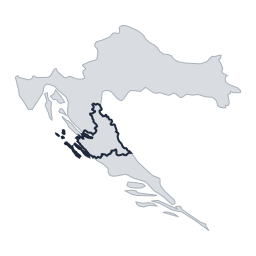 where Zadarska sits in Croatia
{"feature_id": "HRV-1493", "entity_name": "Zadarska", "entity_type": "County", "adm_level": 1, "iso_a3": "HRV", "parent_name": "Croatia", "parent_adm1": "", "projection": "equal_earth", "projection_center": [15.553, 44.407], "detail": "fine", "context": "in_parent", "style": "outline", "palette": "slate", "viewbox_px": 256, "rotation_deg": 0, "n_neighbors": 0, "source": "natural_earth", "source_scale": "10m", "svg_char_len": 9051}
<svg xmlns="http://www.w3.org/2000/svg" viewBox="0 0 256 256"><path d="M17.7,75.5L19.1,77.5L29.2,79.9L31.3,78.9L32.7,77.2L32.7,76.2L33.6,75.9L37.1,77.5L48.0,77.3L50.2,76.1L54.3,69.2L55.6,68.6L56.5,68.9L57.1,70.9L58.7,72.8L64.1,77.4L66.2,78.0L68.2,76.7L70.3,76.4L76.3,78.8L81.3,79.3L85.0,78.0L83.2,74.3L82.9,72.4L83.2,70.8L85.7,69.2L85.6,68.5L82.5,65.6L82.7,64.9L89.4,61.7L95.9,59.9L97.0,58.5L97.9,52.5L97.5,49.3L94.9,46.3L94.7,44.8L95.3,43.2L96.4,41.8L102.0,40.2L110.2,36.7L112.7,33.4L114.2,32.9L118.8,33.4L119.8,32.6L119.1,27.9L120.0,26.7L122.3,25.4L126.4,25.9L129.8,27.1L138.6,31.2L143.3,35.0L145.9,39.2L149.5,42.5L154.0,44.8L157.5,47.9L160.2,51.9L163.8,54.1L168.5,54.6L171.5,55.9L172.8,58.2L175.3,60.2L179.2,62.0L185.2,63.0L200.2,63.9L206.9,61.7L211.9,56.2L214.0,56.6L221.0,55.0L220.6,58.3L218.5,59.8L220.7,63.2L222.8,68.7L221.7,71.4L223.2,73.5L227.4,75.6L226.2,76.3L225.3,78.1L225.3,81.3L228.7,84.4L237.8,87.9L240.6,90.6L240.6,91.8L240.2,92.6L233.2,92.8L230.5,91.4L230.3,93.6L227.7,94.4L229.3,102.5L228.8,104.8L227.9,105.6L225.9,105.2L225.4,106.0L225.9,107.7L223.3,107.9L219.3,107.0L217.4,105.4L217.0,102.3L215.7,99.9L212.4,97.3L205.8,96.9L197.9,94.5L192.3,95.2L186.8,94.1L182.2,97.3L179.9,97.3L175.1,93.3L173.7,93.1L169.6,95.1L167.9,95.2L161.1,93.0L158.6,92.7L156.7,93.4L153.5,92.6L145.5,87.4L140.6,91.4L130.7,90.4L127.7,93.1L124.3,98.3L121.6,100.7L119.2,99.9L116.4,97.6L111.4,91.8L108.9,90.7L106.0,90.5L103.5,91.1L102.2,92.3L100.3,108.3L100.3,112.9L105.8,117.0L112.3,124.2L114.4,125.1L115.4,127.4L118.7,140.4L122.0,144.9L133.3,155.6L138.1,162.3L152.6,175.6L158.9,177.9L160.0,179.1L160.1,184.3L160.8,186.2L165.1,191.6L173.8,199.5L174.8,201.4L175.1,202.7L174.6,203.8L172.3,204.8L162.3,195.9L154.4,191.0L145.6,181.8L133.8,178.2L125.8,174.2L115.6,176.1L112.3,176.1L110.0,175.4L108.3,172.9L108.2,168.5L103.6,164.5L97.2,160.7L91.1,155.8L79.0,142.6L76.6,138.3L82.8,136.7L90.0,137.5L82.3,132.0L71.2,121.0L67.9,115.8L67.5,110.2L68.4,102.6L66.4,97.2L57.9,90.1L54.8,86.4L48.5,84.2L45.7,84.4L44.0,87.1L42.7,93.2L32.2,109.4L28.2,109.3L23.7,101.6L19.4,95.8L18.5,89.7L15.4,77.3L17.7,75.5ZM205.7,224.1L205.8,226.0L209.0,230.6L194.9,220.3L181.7,212.0L172.3,210.0L159.6,203.3L151.3,201.0L158.0,200.4L177.7,209.3L175.5,206.9L178.4,206.0L180.8,206.7L182.3,209.6L193.4,217.4L200.5,222.1L205.7,224.1ZM52.2,118.1L51.9,120.1L49.6,117.6L48.5,113.2L45.6,106.1L45.2,104.2L46.7,102.2L46.7,100.2L44.6,94.0L46.4,93.0L47.4,92.9L47.8,97.2L48.7,99.6L51.5,102.7L50.9,107.7L51.5,114.9L52.2,118.1ZM64.7,102.3L60.0,103.4L57.7,101.5L57.1,99.9L53.3,99.4L50.4,96.3L53.8,93.9L55.6,90.0L62.0,97.9L64.7,102.3ZM141.1,188.0L134.9,188.1L129.6,187.2L127.0,185.6L128.0,182.1L133.9,182.4L142.9,183.9L145.2,185.8L144.5,186.6L141.1,188.0ZM157.0,195.3L154.3,195.9L137.0,195.5L131.9,194.4L125.2,190.9L130.8,190.1L136.1,190.9L137.7,192.8L157.0,195.3ZM79.1,134.4L78.1,135.7L68.5,126.8L67.5,123.9L62.7,117.9L62.0,116.3L66.4,120.2L68.0,120.6L72.2,124.4L76.2,129.3L81.1,133.6L79.1,134.4ZM135.9,201.9L143.1,203.3L148.4,202.6L153.2,203.5L156.9,205.9L148.7,205.4L143.7,207.0L139.4,206.1L137.7,205.1L136.5,203.7L135.9,201.9ZM79.1,155.1L79.6,156.3L77.1,155.9L67.7,144.9L66.6,142.8L70.0,145.3L79.1,155.1ZM62.5,108.9L66.4,115.4L62.8,113.4L59.6,112.6L58.9,111.2L60.1,108.7L62.5,108.9ZM173.3,213.4L178.6,216.9L163.0,212.4L166.4,211.9L173.3,213.4ZM86.2,152.5L88.7,156.3L86.3,155.5L83.8,153.2L82.3,150.7L86.2,152.5ZM80.8,148.1L81.4,149.8L76.6,146.5L74.4,143.3L80.8,148.1Z" fill="#d9dde1" stroke="#a8b0b8" stroke-width="1"/><path d="M100.2,104.4L100.0,104.8L100.2,106.1L100.7,107.1L101.3,108.0L101.7,108.9L101.5,109.8L100.8,110.1L100.0,110.3L99.5,111.0L99.5,111.8L99.9,112.7L100.9,114.2L101.1,114.4L102.0,115.0L102.3,115.5L102.6,116.0L102.9,116.3L103.5,116.2L103.8,116.1L104.5,116.1L104.9,116.0L105.2,115.6L105.4,115.2L105.6,114.9L106.1,114.9L106.4,115.2L106.8,116.6L107.0,116.9L107.4,116.8L107.7,116.7L108.0,116.7L108.4,117.2L108.7,118.5L109.2,119.2L109.6,119.4L110.1,119.6L111.0,119.7L111.5,119.9L111.8,120.4L112.0,121.0L112.1,121.7L111.7,121.9L111.6,122.5L110.9,123.3L110.6,124.1L111.4,124.9L112.2,125.0L113.6,124.4L114.4,124.5L114.9,125.1L115.2,125.9L115.4,126.9L116.3,129.4L116.6,130.3L116.6,131.1L116.4,131.5L115.8,131.9L115.8,132.3L115.9,132.1L116.3,132.1L117.0,132.3L117.8,132.8L118.2,133.1L118.4,133.6L118.3,134.5L118.1,134.9L117.7,135.7L117.6,136.3L117.7,137.0L118.0,138.6L118.8,140.7L119.4,141.6L121.1,143.3L121.7,144.2L122.5,146.2L123.1,147.1L123.8,147.8L124.3,148.1L124.6,148.3L125.1,148.3L126.1,148.2L126.5,148.4L127.0,149.2L127.1,149.9L127.5,150.5L129.2,151.1L129.8,151.6L130.4,152.2L130.9,152.8L129.6,152.7L128.7,153.0L127.4,153.8L126.7,154.4L126.5,154.9L126.4,155.1L125.9,155.2L125.3,155.2L124.0,154.9L123.8,154.4L123.3,154.2L123.0,154.2L122.8,154.2L122.6,154.3L122.2,154.5L119.4,155.3L118.6,155.3L117.9,155.2L117.1,154.9L116.7,154.4L116.4,154.0L116.4,153.6L116.4,152.6L116.5,151.9L116.4,151.2L116.2,150.6L116.3,150.1L116.2,149.9L115.9,149.5L115.5,149.5L114.5,150.4L114.0,150.6L113.7,150.6L113.0,150.5L112.0,150.5L111.7,150.6L111.4,151.0L111.4,151.5L111.6,151.9L111.6,152.1L111.5,152.3L110.8,152.5L110.6,152.7L110.5,153.0L110.5,153.7L110.4,153.9L108.9,154.2L108.7,154.2L108.1,154.7L107.3,155.5L107.0,155.7L106.9,155.8L106.5,155.6L105.6,154.7L104.2,154.3L103.8,154.2L103.0,154.4L102.8,154.3L102.2,154.0L101.9,154.1L101.7,154.3L101.7,154.5L101.8,154.6L102.3,155.2L102.3,155.3L102.2,155.5L101.9,155.9L101.6,156.1L101.1,156.4L101.0,156.6L100.9,157.3L100.7,157.5L100.4,157.8L100.2,157.8L99.2,157.4L98.3,156.8L98.2,156.8L96.7,157.9L96.5,158.1L96.3,158.1L94.9,156.9L94.1,156.4L93.0,157.4L92.1,156.2L91.6,155.7L91.1,155.4L90.5,155.4L90.1,155.3L89.8,155.1L89.4,154.8L88.8,153.7L86.7,151.3L85.7,149.9L85.0,149.2L84.2,148.9L82.6,147.1L82.6,146.9L80.9,145.1L80.4,144.9L80.1,144.6L79.9,144.3L80.1,143.8L79.5,143.3L77.4,141.4L78.1,140.5L77.7,139.4L76.9,138.4L76.1,137.9L76.6,137.4L77.3,137.0L77.9,137.1L78.2,138.1L78.7,138.7L79.5,138.3L79.9,137.5L79.0,136.9L79.3,136.8L79.4,136.7L79.6,136.9L79.8,136.9L79.6,136.3L79.5,136.1L81.4,137.2L82.2,138.2L82.7,138.6L83.3,138.6L82.7,136.9L83.1,136.8L83.2,136.6L83.5,136.2L83.0,136.0L82.6,135.7L82.2,135.1L82.0,134.5L82.7,134.8L83.8,135.7L84.9,136.1L87.6,137.5L88.2,137.7L91.3,138.2L92.1,138.1L92.3,137.6L91.7,137.2L89.2,136.9L89.0,136.7L87.8,135.3L87.5,135.1L83.8,133.4L83.2,132.9L84.1,131.1L84.2,130.9L84.5,130.5L84.9,130.4L85.2,130.5L85.4,130.5L85.9,130.8L86.8,131.5L87.3,132.1L87.7,132.4L91.2,132.8L91.6,133.2L92.9,134.6L93.2,133.8L93.7,133.5L94.1,133.5L94.6,133.3L95.0,132.9L95.6,132.2L96.0,131.6L96.2,131.1L96.3,130.6L96.4,130.2L95.9,129.8L95.8,129.6L95.7,129.2L94.9,128.7L94.7,128.3L94.8,128.0L95.1,127.7L97.1,126.4L96.4,124.8L95.9,124.1L93.6,122.0L93.4,121.7L93.6,121.1L93.3,119.6L93.1,119.3L92.5,118.7L92.4,118.4L92.4,117.5L92.2,116.7L92.0,116.2L91.8,115.9L90.9,115.3L90.6,115.1L90.3,114.7L90.1,114.2L90.1,113.8L90.2,113.6L90.5,113.5L91.9,113.6L92.2,113.5L92.4,113.4L92.9,113.1L93.3,112.9L93.7,112.6L94.8,112.0L95.0,111.7L95.1,111.3L95.0,111.1L94.9,111.0L94.3,110.8L94.0,110.7L93.6,110.4L93.0,110.1L92.4,109.7L92.1,109.5L92.1,109.3L92.2,109.2L93.0,108.7L93.4,108.2L93.7,107.2L93.6,106.5L92.6,105.2L92.4,104.8L92.4,104.6L92.5,104.5L92.8,104.2L93.2,103.7L93.4,103.7L93.8,103.7L94.6,104.0L95.4,104.7L95.7,104.7L96.5,104.4L97.2,103.8L97.3,103.8L97.5,103.8L98.4,104.4L99.0,104.5L99.3,104.7L99.8,104.7L100.2,104.4ZM77.4,153.7L80.2,155.6L80.3,156.2L79.4,156.5L77.4,155.0L77.0,155.2L77.1,155.3L77.4,155.8L78.4,156.5L78.6,156.7L78.9,156.9L79.2,156.9L79.4,156.9L79.5,157.4L79.3,157.6L79.0,157.4L78.6,157.0L78.5,156.9L77.1,156.1L76.5,155.6L75.9,154.9L74.4,152.7L73.5,151.7L72.0,148.6L71.2,147.9L70.1,147.4L66.8,144.1L66.8,143.6L66.6,143.1L66.1,142.4L66.3,142.3L66.6,142.4L67.3,143.2L69.5,144.8L70.1,146.0L70.4,146.2L70.9,146.3L71.3,146.6L71.6,146.8L72.1,146.5L71.9,147.2L72.4,147.3L72.7,147.6L72.9,148.1L72.9,148.8L73.1,149.4L73.4,149.9L75.2,151.7L75.7,151.9L76.2,152.0L76.3,152.3L77.4,153.7ZM83.5,152.9L83.3,152.3L82.3,151.2L81.9,150.6L82.7,150.7L83.3,150.9L85.4,152.4L86.7,152.7L86.8,153.0L86.9,153.8L87.0,154.1L87.2,154.4L87.7,154.6L88.0,154.8L88.3,155.1L88.7,155.7L88.9,156.3L89.1,156.9L88.5,156.6L87.6,156.4L87.4,156.2L87.2,155.8L86.2,155.5L85.7,155.3L85.3,154.8L85.5,154.6L85.6,154.4L85.1,154.2L84.4,153.8L83.8,153.3L83.5,152.9ZM81.7,150.3L81.2,149.8L80.8,149.1L80.5,148.7L80.1,148.9L79.8,148.9L79.8,148.7L79.5,148.2L79.1,148.8L78.4,148.3L77.6,147.4L76.5,146.6L75.2,145.0L74.5,144.5L74.6,144.2L74.8,144.1L74.3,143.1L80.6,147.9L81.4,148.9L81.7,150.3ZM64.1,132.3L64.4,132.7L64.6,133.6L64.2,134.0L63.6,133.8L63.2,133.5L62.5,132.9L62.6,132.5L63.0,131.9L62.8,130.4L63.1,130.2L63.5,130.2L64.0,130.4L64.3,130.9L64.4,131.3L64.1,132.1L64.1,132.3ZM62.6,136.5L63.1,136.9L63.8,137.5L63.8,137.8L63.2,137.8L62.8,137.9L62.6,138.2L62.2,138.1L61.8,137.5L61.8,137.1L62.2,137.1L62.4,137.0L62.4,136.6L62.6,136.5ZM57.0,134.1L58.1,134.9L58.8,135.7L58.7,135.9L58.0,135.5L56.4,134.2L56.3,133.8L57.0,134.1ZM65.8,143.8L66.1,143.6L66.3,143.6L66.6,143.8L66.8,144.1L66.3,144.3L65.5,144.1L64.9,143.5L65.0,142.7L65.2,143.3L65.5,143.6L65.8,143.8Z" fill="none" stroke="#1e293b" stroke-width="2"/></svg>